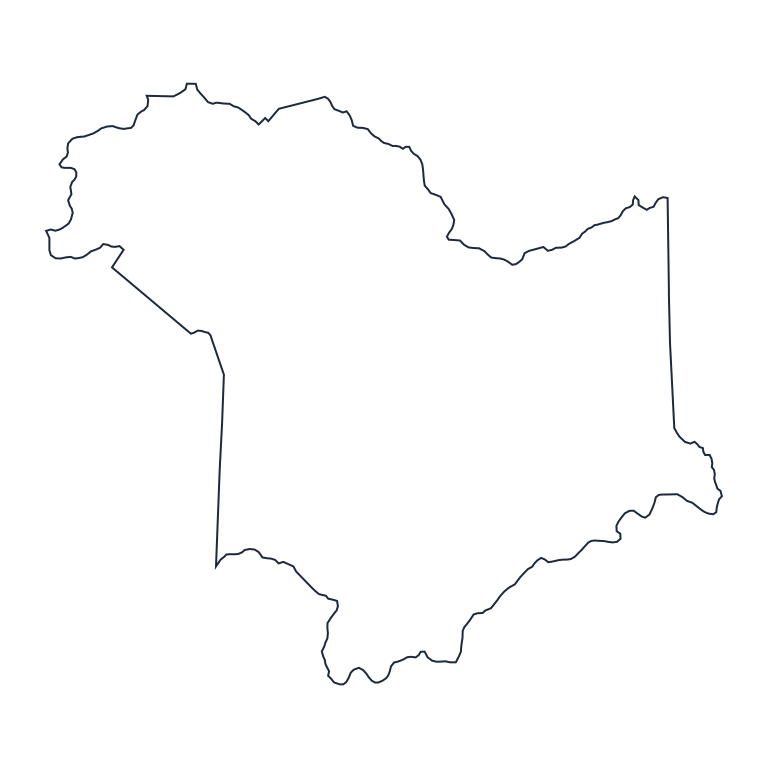 outline of Santana, Bahia, Brazil
{"feature_id": "56859067B31339146866586", "entity_name": "Santana", "entity_type": "district", "adm_level": 2, "iso_a3": "BRA", "parent_name": "Brazil", "parent_adm1": "Bahia", "projection": "natural_earth1", "projection_center": [-43.941, -13.081], "detail": "fine", "context": "isolated", "style": "outline", "palette": "slate", "viewbox_px": 768, "rotation_deg": 0, "n_neighbors": 0, "source": "geoboundaries", "source_scale": "gbopen_adm2", "svg_char_len": 5006}
<svg xmlns="http://www.w3.org/2000/svg" viewBox="0 0 768 768"><path d="M55.7,258.3L60.7,258.5L66.4,257.3L70.8,256.9L74.7,258.5L78.7,258.1L82.9,257.1L87.1,254.5L90.9,251.4L95.9,249.6L100.0,247.8L103.2,244.1L108.2,244.9L111.1,246.5L115.0,246.9L119.5,246.1L123.6,249.8L112.0,267.4L187.8,331.1L191.0,333.7L194.1,332.7L197.8,330.6L201.8,331.0L205.0,332.1L208.3,332.8L210.6,335.5L211.9,339.6L213.3,343.7L223.9,374.7L222.1,422.9L219.7,469.7L216.0,566.4L220.6,559.6L224.1,556.9L226.4,554.5L229.8,554.2L233.7,554.3L238.2,554.0L242.1,552.3L244.7,550.0L249.7,549.0L254.8,549.6L258.8,552.2L262.5,557.5L267.7,558.3L271.1,558.6L275.1,559.9L278.6,563.4L283.3,561.9L287.6,563.8L293.4,566.4L296.2,571.6L311.9,587.8L314.8,590.6L318.9,594.1L322.4,595.0L325.9,595.7L328.2,598.7L333.7,599.9L337.1,601.0L337.9,606.2L336.7,610.3L334.2,613.4L331.0,617.7L327.5,623.1L327.4,628.0L327.9,633.1L327.4,638.2L325.4,642.8L324.0,647.1L321.8,651.4L323.2,656.4L324.9,660.3L325.4,663.9L326.9,667.0L329.1,671.3L328.1,675.7L331.0,678.6L334.0,682.4L339.6,684.3L343.4,684.3L346.3,682.0L348.6,678.0L350.8,672.6L353.9,669.6L358.9,667.8L363.3,670.2L366.4,673.7L368.8,677.3L371.9,680.8L375.3,682.6L378.4,682.5L382.7,680.6L386.2,678.1L388.2,675.5L389.8,671.3L391.0,666.4L394.1,662.5L397.7,661.7L402.9,659.7L407.3,657.2L411.0,656.8L415.7,657.4L418.7,655.1L420.7,651.8L424.6,651.6L427.7,657.4L432.2,660.7L436.3,661.7L439.5,661.7L445.3,661.3L450.1,662.3L455.8,662.3L458.8,656.6L460.9,651.6L461.4,645.0L462.5,638.0L462.7,630.9L464.4,627.0L466.7,624.3L470.0,620.0L473.7,614.4L477.8,613.2L482.6,613.0L485.3,610.5L491.0,608.2L494.6,603.6L497.1,600.5L500.0,596.3L504.0,591.8L508.2,588.2L511.1,586.4L514.8,584.4L517.7,580.5L520.3,577.1L524.1,573.0L527.9,569.1L532.1,566.8L534.6,563.2L537.2,560.5L541.1,557.9L544.7,559.4L548.3,562.2L552.2,561.6L558.7,560.1L563.5,559.6L566.7,559.6L570.7,559.1L575.0,556.6L578.7,552.7L581.2,550.4L584.4,546.8L588.0,542.8L591.1,541.0L594.5,540.5L598.9,540.8L604.3,541.1L607.8,541.8L612.2,542.4L616.9,541.9L620.5,538.8L620.3,533.7L616.7,531.2L616.4,526.0L618.3,521.9L621.3,517.7L624.8,513.4L629.4,510.8L633.6,510.7L637.3,513.4L641.7,516.5L645.2,517.7L649.4,514.6L652.1,509.0L654.3,503.3L655.9,497.2L658.8,494.9L662.4,494.5L666.0,494.5L670.8,494.4L677.2,494.2L682.3,497.0L687.0,500.9L692.4,502.8L696.0,505.7L701.0,509.6L704.6,512.0L708.9,513.7L713.4,514.2L716.3,512.1L716.7,507.8L717.5,504.3L719.0,499.4L721.9,496.2L720.5,490.9L717.4,488.6L716.3,485.2L715.0,481.9L714.2,478.3L714.8,474.1L713.9,469.8L711.8,467.1L712.3,463.3L711.6,459.0L709.6,454.9L705.1,455.0L703.4,451.9L702.9,448.1L699.5,447.0L697.1,444.0L694.5,441.8L690.5,443.6L685.0,441.9L682.0,439.1L679.3,436.5L676.9,432.8L674.3,428.2L670.0,342.8L668.9,294.9L668.9,289.6L667.6,198.0L663.0,197.2L658.3,199.2L655.5,203.1L653.6,206.8L649.8,207.9L646.8,209.8L643.3,207.9L638.7,205.1L638.4,200.1L634.7,196.4L633.1,200.2L632.8,204.5L629.9,207.0L625.6,208.4L622.7,211.4L620.7,215.2L618.2,218.2L615.1,219.3L611.6,221.1L607.3,222.2L603.8,222.8L597.7,224.6L594.4,225.2L591.5,227.5L587.8,228.9L584.8,231.8L582.1,233.7L579.5,237.8L576.5,239.6L573.8,241.3L568.9,243.9L565.6,246.5L561.5,247.6L555.8,247.8L552.1,249.8L547.8,250.8L543.4,247.0L539.7,248.0L533.2,249.8L529.2,250.8L524.6,253.2L522.2,259.3L519.0,262.1L516.0,264.1L512.3,264.8L507.9,261.6L504.0,259.5L500.1,258.5L495.1,258.1L491.1,257.5L487.3,254.1L484.5,251.2L479.1,248.3L473.2,248.0L468.5,247.4L463.7,244.5L460.0,240.5L453.8,240.0L448.8,239.7L446.9,236.8L448.8,233.1L451.9,228.8L453.3,225.2L454.2,219.9L451.3,213.6L448.7,209.0L444.4,204.3L440.6,196.8L435.4,194.7L430.7,193.1L428.1,189.5L424.7,185.6L423.9,180.3L423.5,175.6L423.1,170.2L422.3,164.3L420.4,159.6L417.6,156.1L413.9,153.9L411.0,150.7L409.3,146.9L405.6,146.8L402.9,148.8L399.5,146.6L395.8,145.9L392.7,146.0L388.2,143.9L384.1,143.0L381.3,141.1L378.8,138.5L374.7,136.5L371.1,133.4L367.8,129.1L362.9,127.9L357.5,127.7L353.2,125.9L351.6,119.8L349.6,115.3L346.6,111.3L342.9,112.5L338.5,110.7L334.5,109.2L332.2,106.0L330.4,101.9L328.0,98.7L324.7,96.8L319.3,98.5L314.7,99.7L282.0,108.0L278.8,108.8L268.3,121.2L265.2,118.0L258.6,124.5L255.4,121.2L251.2,118.8L248.8,115.2L245.6,112.6L242.1,110.1L238.4,107.6L233.6,106.2L229.6,103.8L223.2,103.5L220.0,103.0L216.2,102.7L212.8,103.8L208.0,102.1L203.8,97.1L200.6,93.6L197.4,89.8L195.7,83.8L186.9,83.7L185.4,89.3L180.4,92.8L176.7,94.8L173.3,96.4L146.7,95.8L148.2,99.7L147.5,106.2L144.1,110.0L141.1,111.6L137.5,114.5L135.7,119.2L133.5,125.5L131.0,127.9L127.2,128.4L123.8,128.9L120.0,128.4L116.3,127.4L112.8,126.1L107.2,126.5L101.2,128.4L98.1,130.7L93.4,133.4L88.8,135.0L84.3,136.5L77.4,137.1L72.5,138.7L68.1,143.4L67.4,148.4L67.9,152.5L66.7,156.5L62.9,159.4L59.5,164.3L61.5,167.3L64.6,167.9L70.8,167.9L74.5,169.2L76.3,172.4L76.2,176.6L74.4,179.7L72.1,182.1L70.3,186.9L71.4,194.2L68.1,200.2L69.8,205.7L71.8,208.8L72.7,212.9L71.0,219.3L68.6,223.6L65.3,226.0L61.9,228.3L58.8,229.8L55.3,230.7L50.6,229.5L46.1,230.9L47.7,234.2L49.4,238.0L49.4,243.5L49.4,250.2L50.9,255.2L55.7,258.3Z" fill="none" stroke="#1e293b" stroke-width="2"/></svg>